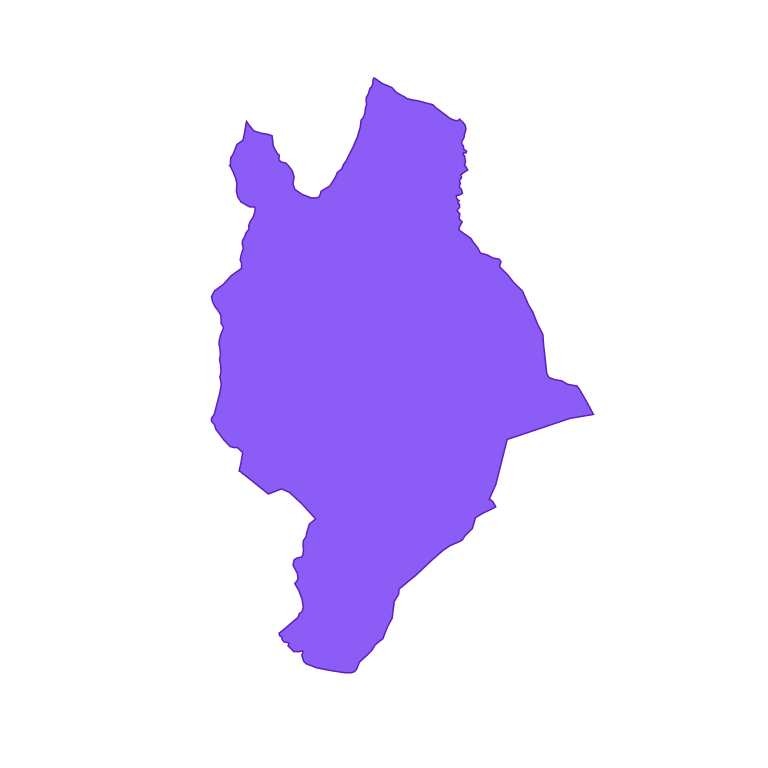 Jeadepo, River Gee, Liberia (orthographic projection), rotated 106°
{"feature_id": "62588387B74933582499482", "entity_name": "Jeadepo", "entity_type": "district", "adm_level": 2, "iso_a3": "LBR", "parent_name": "Liberia", "parent_adm1": "River Gee", "projection": "orthographic", "projection_center": [-8.425, 5.368], "detail": "fine", "context": "isolated", "style": "filled", "palette": "violet", "viewbox_px": 768, "rotation_deg": 106, "n_neighbors": 0, "source": "geoboundaries", "source_scale": "gbopen_adm2", "svg_char_len": 4532}
<svg xmlns="http://www.w3.org/2000/svg" viewBox="0 0 768 768"><g transform="rotate(106 384 384)"><path d="M509.5,494.4L509.6,493.5L512.4,486.8L521.6,464.8L520.7,463.6L520.0,462.7L513.1,453.7L513.9,447.3L514.2,445.1L515.4,442.7L521.7,430.1L532.5,412.6L533.0,412.8L539.1,417.1L548.5,417.3L549.0,417.3L552.1,416.8L557.0,418.4L558.5,418.0L561.0,417.5L565.2,415.8L571.0,414.8L573.2,415.7L573.3,416.0L575.1,419.5L577.6,421.8L580.5,421.8L583.4,421.4L590.0,415.0L594.9,413.1L596.8,413.2L599.8,414.5L600.3,414.8L601.1,414.0L601.9,413.2L606.1,408.9L613.2,403.6L620.5,400.2L625.6,400.0L628.0,402.1L632.2,402.4L635.0,404.3L646.7,412.1L651.3,415.3L652.5,416.2L653.3,415.7L654.8,414.8L655.2,412.8L657.5,411.6L659.4,409.4L659.1,404.4L660.2,403.9L662.2,404.1L663.4,401.8L663.9,400.6L666.1,397.2L664.6,391.5L663.0,389.1L664.0,387.8L667.2,388.3L672.7,384.8L674.4,381.7L675.4,370.7L674.2,356.5L672.3,341.6L670.5,335.8L669.5,334.3L669.3,334.0L668.5,332.9L665.6,331.7L658.2,331.0L648.6,325.1L643.1,322.2L637.2,320.6L635.3,319.3L633.1,317.8L629.2,314.9L619.0,314.0L616.2,313.7L611.6,312.7L606.8,311.6L594.4,313.6L593.1,313.6L590.6,314.3L588.0,313.6L582.1,312.0L580.4,312.3L577.0,313.0L559.1,300.7L541.2,290.1L527.9,281.6L521.1,275.9L514.4,267.7L512.2,265.7L507.5,264.3L498.5,259.2L487.2,259.2L481.3,253.7L477.3,249.2L472.3,243.7L471.4,242.7L470.3,243.6L469.2,244.8L466.8,247.3L465.9,249.8L465.9,251.1L453.0,249.3L449.8,248.8L436.8,249.2L430.6,249.4L418.6,249.8L403.3,250.3L398.9,243.8L372.9,206.1L365.9,195.9L355.5,174.3L345.4,184.1L344.9,184.6L335.7,194.2L332.7,197.9L333.7,207.4L332.0,213.9L332.7,220.7L332.3,227.2L329.3,230.3L328.7,230.5L321.1,233.7L312.7,237.1L302.8,241.2L292.7,244.9L283.5,253.4L273.7,260.9L268.0,267.0L257.1,276.0L256.4,276.6L253.8,281.6L250.5,287.6L245.1,295.1L239.3,305.3L234.2,305.3L232.2,307.7L232.9,314.2L231.5,320.0L231.5,327.5L227.1,331.6L223.0,337.4L220.1,340.6L217.1,349.5L216.6,350.6L215.1,354.6L211.3,354.6L206.6,353.5L204.6,357.3L199.5,358.0L197.1,361.7L193.4,360.0L190.3,361.0L190.0,362.7L189.1,363.0L187.2,362.1L186.6,363.1L186.9,364.1L183.7,366.4L182.3,365.9L182.2,364.5L180.4,362.2L179.0,361.1L176.2,362.8L175.0,363.9L174.4,365.5L173.1,366.0L171.9,366.0L170.1,365.9L168.6,367.0L166.9,367.4L164.5,366.3L163.2,366.8L162.0,368.0L158.8,365.7L155.7,362.9L155.2,362.5L153.5,364.3L152.1,365.7L151.7,367.0L150.2,366.8L148.1,366.8L145.9,367.8L143.4,369.1L142.7,369.1L141.7,371.1L140.9,371.4L139.8,371.4L139.8,370.0L138.8,368.6L137.5,368.8L136.9,370.0L136.3,372.3L134.5,372.7L133.0,373.6L132.5,374.6L130.3,376.2L125.1,375.0L122.6,375.4L119.0,375.4L116.3,375.5L112.5,377.6L110.8,380.1L109.5,382.8L108.5,384.1L110.8,386.1L111.1,389.3L110.4,394.2L108.9,397.7L106.7,403.6L103.9,411.0L102.1,413.9L102.4,429.3L103.1,435.3L103.4,440.1L102.3,443.7L101.0,449.6L100.3,452.5L96.9,458.1L96.3,462.5L95.6,468.8L93.1,475.7L92.6,478.1L94.5,478.4L98.0,477.6L101.8,477.8L103.5,479.0L106.4,479.0L109.7,479.1L110.1,479.2L113.5,480.0L117.4,479.0L119.7,477.8L121.7,477.8L124.2,477.8L129.5,477.0L133.6,477.4L136.1,478.6L138.0,478.6L143.7,477.6L154.1,477.7L164.9,479.1L174.2,480.9L179.9,481.9L184.4,483.5L188.9,483.9L193.6,487.2L198.0,487.6L203.1,489.0L208.6,490.6L213.1,494.9L216.0,497.6L219.9,497.6L222.4,498.2L224.0,501.0L225.1,505.2L224.3,515.0L221.5,523.3L216.8,526.6L209.4,527.6L206.0,529.9L204.9,530.5L201.4,534.7L198.7,539.2L198.9,544.3L197.5,546.8L192.8,547.8L192.0,549.8L189.7,552.3L185.6,556.1L180.9,558.0L176.2,560.0L176.0,564.3L176.8,571.4L176.6,578.8L172.3,585.1L169.4,588.5L171.0,588.4L180.8,587.3L188.6,586.8L194.3,591.4L202.4,592.1L205.5,592.6L208.5,593.7L211.6,593.1L216.5,591.9L216.7,592.5L217.7,591.1L219.9,589.2L222.1,587.2L227.8,582.8L232.1,580.6L239.2,579.1L243.7,576.6L244.4,576.2L248.4,571.7L250.8,562.1L249.5,557.1L252.3,555.7L259.1,555.7L265.3,557.5L269.3,557.7L272.2,556.5L277.3,558.4L280.4,558.4L284.8,559.5L287.9,559.1L292.3,556.7L300.1,556.9L303.3,556.5L304.5,556.4L307.4,554.1L312.2,552.9L316.8,556.6L322.1,560.8L332.7,566.0L341.0,572.5L347.6,573.9L351.8,571.7L356.0,568.0L359.3,563.6L363.0,559.7L367.8,558.1L370.7,557.4L373.1,554.5L374.5,553.7L381.8,554.6L389.0,554.2L391.8,553.3L394.6,551.7L401.0,549.3L405.7,548.9L410.4,546.5L417.3,544.0L420.0,543.8L422.7,543.7L425.8,541.9L429.7,540.2L439.0,539.3L445.3,539.2L455.5,538.9L460.2,538.9L461.9,539.5L464.6,540.4L467.4,539.6L469.8,535.8L474.1,533.0L477.8,527.9L481.8,522.7L486.5,514.7L486.5,510.7L485.6,507.6L486.2,505.9L487.8,503.1L488.9,500.9L495.7,500.2L500.0,499.7L507.6,499.3L507.7,497.9L509.5,494.4Z" fill="#8b5cf6" stroke="#5b21b6" stroke-width="1.5"/></g></svg>